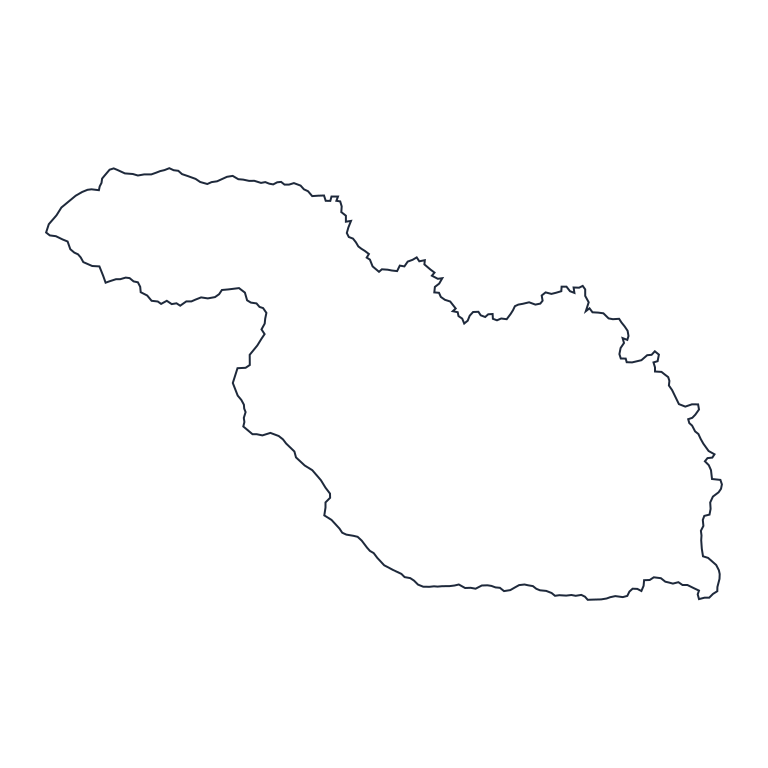 outline of Perolândia, Goiás, Brazil
{"feature_id": "56859067B36412367072332", "entity_name": "Perolândia", "entity_type": "district", "adm_level": 2, "iso_a3": "BRA", "parent_name": "Brazil", "parent_adm1": "Goiás", "projection": "albers", "projection_center": [-52.226, -17.486], "detail": "fine", "context": "isolated", "style": "outline", "palette": "slate", "viewbox_px": 768, "rotation_deg": 0, "n_neighbors": 0, "source": "geoboundaries", "source_scale": "gbopen_adm2", "svg_char_len": 4834}
<svg xmlns="http://www.w3.org/2000/svg" viewBox="0 0 768 768"><path d="M582.7,285.9L579.1,287.7L573.6,287.5L574.4,292.9L570.0,291.2L566.5,286.7L561.6,286.7L561.3,291.2L555.9,292.8L551.4,293.9L545.6,292.4L541.7,295.5L542.6,300.7L540.3,303.6L535.4,304.6L529.1,302.3L522.8,303.8L518.3,304.6L514.9,306.2L513.0,310.2L510.6,314.0L506.7,319.2L501.2,318.5L497.0,320.3L492.9,318.8L492.6,314.0L488.2,314.3L485.2,317.0L480.7,315.3L478.4,311.8L473.1,312.0L469.7,315.7L467.7,320.7L464.2,323.5L462.2,318.6L458.5,316.1L457.7,312.2L452.8,311.2L455.7,308.5L450.2,301.5L444.9,299.8L440.8,296.9L439.0,292.8L434.3,292.4L434.9,286.9L439.2,283.6L442.3,278.2L437.8,278.8L431.9,275.7L434.5,272.6L430.4,269.5L424.4,264.4L424.8,260.2L419.3,261.3L416.7,257.4L412.6,259.8L407.7,261.6L404.4,266.4L399.8,265.6L397.1,271.1L391.8,270.5L387.7,269.7L381.9,269.3L379.0,271.8L372.6,266.4L369.9,259.6L366.7,257.6L368.9,254.0L364.8,250.9L361.3,248.7L358.3,246.4L355.9,242.3L353.0,238.6L348.8,237.0L346.8,233.0L348.4,227.4L351.0,220.9L345.9,221.7L345.9,215.7L341.3,212.1L341.7,206.4L340.2,201.4L336.4,200.8L338.0,196.5L331.5,196.5L330.3,200.9L325.7,200.8L324.0,195.5L318.1,195.7L312.2,196.1L308.0,191.2L303.9,189.3L300.6,185.6L293.9,183.1L289.0,184.6L284.5,184.6L281.1,181.9L277.2,182.3L273.2,184.4L269.3,183.7L265.3,182.1L261.0,182.9L254.3,180.8L249.2,180.9L243.1,179.6L238.3,179.2L232.7,175.9L227.0,176.8L217.1,181.3L211.6,182.1L207.3,184.0L200.2,182.0L195.6,178.9L187.9,176.1L182.0,174.1L178.3,170.8L173.6,170.2L169.3,168.2L164.5,170.1L160.2,171.1L156.1,172.7L151.3,174.4L144.2,174.4L137.9,175.5L132.8,174.0L124.9,173.4L117.3,169.9L113.7,168.4L109.6,169.7L104.5,175.7L102.1,178.6L101.5,182.9L99.7,186.4L98.9,190.2L91.5,189.3L87.5,189.8L82.1,192.0L75.7,195.7L61.4,207.5L56.5,215.3L48.8,224.2L46.1,232.5L49.8,235.4L55.9,236.2L62.7,239.5L67.6,241.5L70.3,249.2L74.3,252.6L78.0,254.3L80.7,257.4L83.3,262.1L92.2,266.0L99.4,266.4L103.2,275.9L105.6,282.7L109.5,281.3L116.0,279.2L120.2,279.2L125.7,277.6L129.6,278.1L133.6,281.4L137.9,282.3L140.2,286.8L140.7,292.2L147.2,295.5L151.6,300.8L157.8,301.5L161.1,303.9L166.8,300.8L171.7,304.1L176.5,303.3L180.2,305.7L186.3,301.4L191.4,301.4L195.5,299.6L201.1,297.4L207.8,298.4L215.0,297.1L219.1,294.2L221.9,290.0L228.5,289.4L239.0,288.1L244.9,292.6L247.1,300.3L250.9,302.6L256.5,303.4L259.5,306.9L263.1,308.1L266.4,312.9L265.2,318.7L264.7,323.6L261.5,329.4L264.6,334.1L261.5,338.7L257.3,345.5L249.7,354.8L249.8,365.0L245.6,367.8L237.5,368.2L232.8,383.0L237.7,395.6L241.3,399.9L243.9,404.7L244.2,408.6L245.6,412.1L243.8,417.9L244.4,422.0L243.3,426.5L252.5,434.2L256.7,434.2L262.4,435.4L270.4,432.9L278.7,436.0L283.0,439.4L286.1,443.5L294.4,451.5L296.0,457.4L304.7,465.5L312.3,470.2L320.9,480.2L325.5,487.7L330.0,493.6L330.1,497.8L325.5,502.4L325.5,507.6L324.3,515.4L331.5,519.9L339.5,528.6L342.2,532.7L346.3,534.6L353.4,535.8L357.6,536.8L361.7,540.6L367.0,547.6L369.9,550.9L373.7,553.1L377.3,557.9L384.2,565.3L387.7,567.1L393.1,570.0L401.4,573.9L404.6,577.1L410.2,578.1L414.0,580.6L418.0,584.6L423.2,586.7L429.5,586.8L434.0,586.3L437.6,586.6L442.1,586.2L449.7,586.1L454.6,585.5L458.8,584.5L465.1,588.0L470.6,587.8L475.6,588.7L481.8,585.5L487.5,585.3L491.4,585.9L495.5,587.4L499.9,587.8L504.0,591.1L510.3,590.1L514.8,587.5L519.1,585.1L524.5,584.5L528.2,585.3L532.9,586.1L536.3,588.8L540.0,590.3L546.2,590.9L551.6,593.0L555.0,595.8L559.3,595.2L566.2,595.6L571.4,595.0L575.7,595.8L581.3,594.9L585.0,596.7L587.7,599.8L593.4,599.6L601.1,599.4L606.6,598.5L610.2,597.2L615.3,596.1L622.8,597.1L627.3,595.9L629.4,591.6L632.6,588.7L637.3,588.9L641.4,591.0L643.6,585.8L644.1,580.2L649.7,580.0L653.8,577.3L660.9,578.2L665.3,581.7L668.8,582.5L672.9,583.6L678.4,582.2L682.5,585.0L687.4,585.0L694.1,588.3L699.0,590.6L697.7,594.3L699.0,599.1L704.5,597.7L709.2,597.7L713.0,593.9L717.3,591.2L717.4,587.0L719.5,578.9L719.7,574.1L718.9,570.3L716.2,565.0L708.1,557.9L703.0,556.3L701.8,548.7L701.2,540.1L701.5,535.5L700.9,530.8L703.4,525.9L702.8,519.9L704.3,515.9L709.5,514.6L710.6,508.9L710.2,502.5L712.9,496.6L718.6,492.3L721.0,488.8L721.9,484.4L720.4,479.9L712.0,479.0L711.0,470.2L708.8,465.2L704.9,461.3L707.5,458.1L712.3,457.6L714.5,454.3L708.6,451.0L703.3,443.6L700.6,438.8L698.4,434.0L695.1,431.4L692.1,425.6L689.3,423.1L688.2,419.2L692.3,417.8L695.3,414.7L699.0,409.5L698.1,404.4L692.0,404.3L685.3,406.6L678.9,404.1L672.1,390.1L668.9,385.5L669.4,380.9L668.2,377.1L664.9,374.6L661.5,371.9L655.0,371.5L655.0,367.4L653.5,362.4L657.6,361.2L658.9,354.6L654.8,351.3L651.6,354.8L647.2,355.2L641.4,360.2L632.1,362.4L626.7,362.2L625.7,358.6L620.8,358.5L619.4,354.1L620.6,348.0L624.0,343.0L622.6,338.1L627.3,339.9L628.5,336.0L627.6,330.8L624.7,326.5L621.4,322.4L619.1,318.8L612.9,319.2L608.6,318.4L603.4,313.3L598.1,312.6L592.5,312.3L589.5,308.3L585.8,311.2L588.7,302.3L585.2,295.9L585.2,289.4L582.7,285.9Z" fill="none" stroke="#1e293b" stroke-width="2"/></svg>